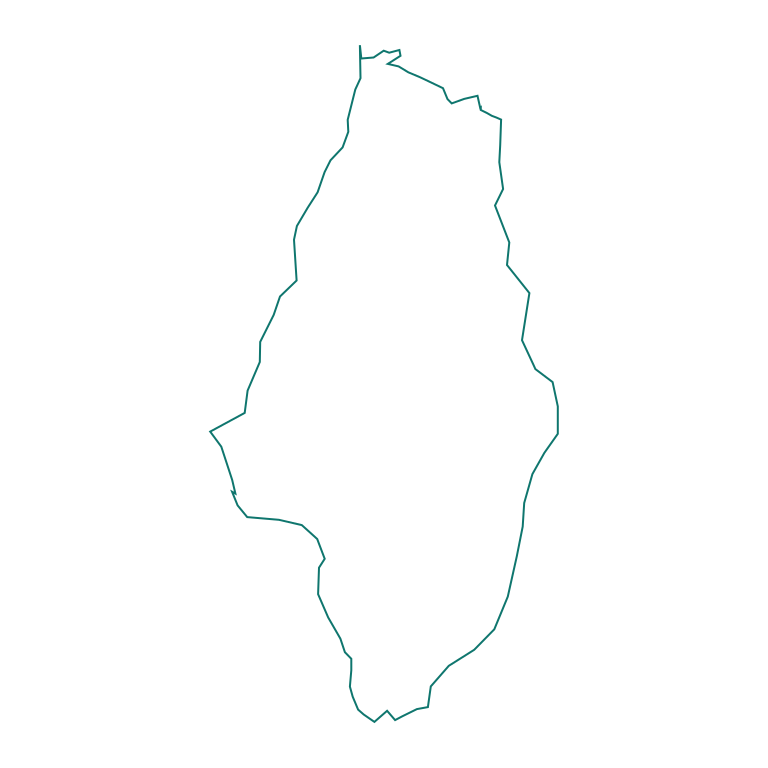 the district of Lageia, Larnaca, Cyprus
{"feature_id": "46923920B26472035314494", "entity_name": "Lageia", "entity_type": "district", "adm_level": 2, "iso_a3": "CYP", "parent_name": "Cyprus", "parent_adm1": "Larnaca", "projection": "natural_earth1", "projection_center": [33.242, 34.839], "detail": "fine", "context": "isolated", "style": "outline", "palette": "teal", "viewbox_px": 768, "rotation_deg": 0, "n_neighbors": 0, "source": "geoboundaries", "source_scale": "gbopen_adm2", "svg_char_len": 1236}
<svg xmlns="http://www.w3.org/2000/svg" viewBox="0 0 768 768"><path d="M359.9,46.1L360.5,78.2L355.3,89.5L347.7,119.8L348.3,131.8L342.6,147.4L330.5,160.3L324.6,172.1L317.6,192.3L307.7,207.7L296.9,226.0L294.0,239.7L296.6,280.5L280.0,296.5L273.7,314.9L260.2,341.9L259.8,362.0L247.6,390.6L244.7,412.9L210.2,431.6L221.3,446.7L232.2,480.0L235.4,493.6L232.1,491.8L237.6,505.4L247.2,517.1L278.9,519.8L301.8,525.1L317.2,539.0L324.7,558.8L319.0,567.7L318.1,594.2L328.2,617.5L340.4,638.7L344.9,652.2L351.3,658.8L351.3,670.3L349.9,686.6L352.7,696.7L358.1,709.6L363.7,714.5L374.4,721.9L387.1,710.8L395.1,720.1L402.3,716.3L416.9,709.1L427.9,707.1L430.8,686.4L448.8,665.8L474.2,649.8L494.3,629.3L507.8,596.6L516.8,556.3L522.7,526.6L524.2,503.0L532.4,474.1L544.4,452.8L557.8,433.8L557.8,406.4L552.6,382.1L535.4,369.1L533.5,364.9L522.0,340.2L529.4,293.1L507.0,265.0L509.3,242.5L495.0,205.5L503.1,189.0L499.3,162.2L500.2,145.2L501.1,119.6L496.3,117.5L491.8,115.8L487.1,113.1L480.8,110.0L480.8,107.4L480.2,107.9L477.5,95.8L464.2,98.9L451.7,103.4L447.5,99.1L443.0,88.2L420.4,77.4L408.3,72.3L398.6,66.4L387.8,63.9L400.5,55.8L399.4,50.0L389.2,52.7L383.7,50.7L373.6,57.5L361.3,58.5L360.0,46.1L359.9,46.1Z" fill="none" stroke="#0f766e" stroke-width="2"/></svg>